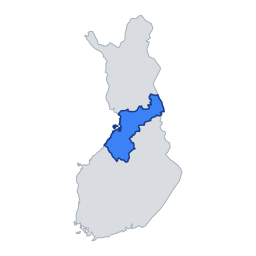 Northern Ostrobothnia highlighted on a map of Finland
{"feature_id": "FIN-3180", "entity_name": "Northern Ostrobothnia", "entity_type": "Province", "adm_level": 1, "iso_a3": "FIN", "parent_name": "Finland", "parent_adm1": "", "projection": "orthographic", "projection_center": [26.371, 64.957], "detail": "fine", "context": "in_parent", "style": "filled", "palette": "blue", "viewbox_px": 256, "rotation_deg": 0, "n_neighbors": 0, "source": "natural_earth", "source_scale": "10m", "svg_char_len": 8907}
<svg xmlns="http://www.w3.org/2000/svg" viewBox="0 0 256 256"><path d="M109.9,109.2L109.1,105.1L107.9,101.5L106.6,100.5L106.2,99.1L106.1,96.3L106.4,94.1L107.9,92.0L108.3,89.2L109.2,86.9L108.9,85.4L106.8,81.1L106.5,79.7L106.5,77.4L107.8,75.4L107.6,73.3L105.2,72.4L105.4,71.1L106.1,69.0L105.9,67.2L106.1,63.2L107.3,61.5L106.0,60.1L104.8,57.5L103.7,57.3L103.2,54.6L101.3,52.1L94.6,48.3L90.6,44.2L88.6,41.0L86.6,39.1L86.6,37.5L84.5,36.0L85.0,35.4L86.7,35.5L88.0,36.2L88.6,35.4L88.2,33.0L88.4,32.4L90.0,31.3L92.6,31.5L97.5,41.0L98.2,44.1L103.4,45.4L104.0,46.1L105.4,46.1L108.6,44.8L109.8,42.8L111.0,43.0L118.4,47.8L119.6,46.8L120.4,44.0L121.0,42.8L121.9,41.9L123.6,41.4L125.0,39.1L125.2,32.7L125.9,30.8L127.2,24.5L129.5,21.7L131.1,18.7L132.8,18.3L135.7,18.9L139.2,15.8L141.4,15.4L145.5,20.5L151.3,23.6L152.9,27.9L152.3,29.7L149.4,34.6L149.4,35.9L150.5,38.0L146.2,40.8L146.6,41.5L148.9,41.7L149.2,42.7L147.0,48.8L147.0,49.9L149.0,56.5L154.5,59.1L156.2,61.9L160.4,67.5L160.1,70.1L154.7,80.4L153.5,83.2L153.4,85.0L157.2,92.8L159.3,98.3L161.6,102.3L163.7,108.9L163.9,111.3L160.5,112.7L161.5,113.9L160.8,116.0L160.8,119.1L159.9,121.1L160.2,121.6L161.9,121.9L162.1,123.3L162.0,124.1L160.3,125.7L160.2,127.3L161.3,129.9L162.1,130.8L164.9,131.5L165.3,132.2L165.5,134.2L164.3,136.1L164.4,136.9L165.7,140.3L169.5,142.9L170.0,145.0L170.1,146.4L170.0,147.7L167.4,152.7L165.4,154.3L169.9,159.2L177.9,165.2L181.6,170.5L182.0,172.0L180.0,179.2L179.1,181.2L173.3,189.4L164.9,202.8L160.6,208.7L151.9,217.7L145.5,225.8L141.9,227.5L139.0,225.8L137.6,226.2L136.3,227.4L131.8,228.7L131.6,227.4L132.5,224.0L132.1,224.1L131.3,225.7L130.9,227.5L130.0,228.5L128.1,228.9L126.3,227.4L125.4,227.4L126.3,229.6L126.3,230.3L125.3,230.2L123.2,231.9L122.8,231.9L122.1,230.4L119.9,232.0L117.9,232.3L116.6,233.4L110.4,235.0L108.7,237.0L107.6,236.5L100.6,238.0L97.8,237.4L94.5,240.4L92.1,240.6L94.7,237.6L94.9,236.5L93.6,235.8L92.7,234.7L92.0,232.2L91.5,232.0L90.5,235.0L88.8,236.0L86.8,235.9L86.6,234.5L87.0,233.3L86.7,233.0L87.1,232.1L88.1,232.0L88.5,231.6L88.5,231.0L87.7,230.3L88.6,228.2L85.1,227.5L80.8,224.9L80.4,222.9L78.2,224.2L76.4,222.6L76.2,221.7L76.2,214.4L76.6,212.4L77.8,210.0L78.4,207.6L78.6,203.1L79.3,203.2L78.7,201.6L79.7,201.3L79.9,200.8L78.1,193.5L76.9,191.8L78.3,186.7L78.3,185.5L78.2,184.1L76.7,182.3L76.4,177.7L77.1,175.1L80.6,170.8L80.9,168.9L82.7,168.9L82.0,167.2L81.9,165.2L84.5,164.7L85.4,165.4L87.7,164.8L89.7,163.4L89.2,160.6L90.2,160.5L89.9,159.8L90.0,159.1L90.8,159.5L92.2,157.6L92.3,156.1L94.5,155.5L97.2,152.5L99.6,151.0L102.1,148.1L103.1,148.0L103.7,145.9L106.5,142.9L107.5,140.5L110.0,137.7L112.6,132.9L112.9,131.5L116.5,129.8L119.8,130.3L119.7,129.1L119.3,128.3L120.6,127.1L120.4,125.1L119.6,124.1L120.6,116.7L119.6,115.2L116.0,112.6L114.5,112.3L113.7,110.4L114.2,108.1L112.1,109.8L109.9,109.2ZM83.6,228.4L86.1,228.6L86.6,229.8L85.5,230.5L85.3,231.4L85.9,232.8L84.7,232.7L84.1,231.1L82.9,229.9L83.6,228.4ZM115.7,127.4L114.3,128.1L113.2,127.6L113.2,126.2L115.2,125.2L117.1,126.3L116.1,126.6L115.7,127.4ZM78.9,163.4L78.8,164.6L80.2,163.8L80.7,164.2L80.6,165.3L80.1,165.0L78.9,166.2L77.9,165.0L77.4,163.2L78.9,163.4ZM76.5,224.1L76.2,225.1L74.8,225.0L74.2,224.0L74.0,222.2L74.7,221.5L75.0,222.5L76.5,224.1ZM82.1,228.8L81.3,228.8L80.2,227.6L80.1,227.2L80.6,227.0L80.5,225.7L81.3,226.4L81.7,227.3L81.2,227.4L82.1,228.8ZM80.0,232.9L78.9,233.6L78.5,233.4L78.7,232.1L79.4,231.6L80.5,231.6L80.0,232.9ZM77.7,233.5L76.7,233.6L76.2,233.0L77.2,232.0L77.9,232.2L78.0,232.8L77.7,233.5Z" fill="#d9dde1" stroke="#a8b0b8" stroke-width="1"/><path d="M158.0,95.0L158.1,95.4L158.3,96.1L158.6,96.8L159.1,98.1L160.5,100.4L161.3,101.4L161.6,101.9L161.8,102.8L162.2,104.5L162.3,104.9L162.7,105.8L162.8,106.1L163.1,107.2L163.5,108.2L163.6,108.6L164.0,110.6L164.1,111.1L164.1,111.6L163.9,111.8L163.6,111.7L163.0,111.4L160.9,112.2L160.4,112.6L160.7,113.1L161.4,113.5L161.7,114.0L161.6,114.3L160.9,115.2L160.8,115.5L158.6,115.8L157.9,115.6L157.3,115.3L156.6,115.1L156.3,115.2L155.9,116.3L155.2,116.7L153.7,117.0L151.2,118.2L150.9,118.5L151.1,118.7L151.0,118.9L150.7,119.5L150.5,119.8L150.4,119.9L150.6,120.0L150.7,120.4L150.1,120.7L145.8,121.8L145.3,122.0L144.9,122.5L144.5,123.3L144.4,123.8L144.3,124.3L144.2,124.8L144.1,125.1L143.8,125.2L142.9,124.8L139.2,125.4L138.7,125.8L138.5,126.2L138.5,126.9L139.0,127.5L139.4,128.1L139.5,128.3L139.4,128.5L139.5,128.6L139.7,128.8L139.6,129.0L139.5,129.5L139.5,130.0L139.6,130.5L139.3,130.9L139.5,131.0L139.3,131.3L139.0,131.4L138.7,131.4L137.6,131.1L137.0,131.1L135.8,131.9L135.2,132.5L135.0,132.8L134.9,133.2L135.0,133.2L135.0,133.4L135.0,133.8L134.8,134.0L134.7,134.1L134.1,134.9L133.7,135.0L132.6,135.1L132.5,135.3L132.6,135.5L132.5,135.8L132.4,135.9L132.1,136.0L131.9,136.4L131.8,136.7L131.5,136.8L131.7,137.0L130.8,137.3L130.6,137.4L129.9,138.1L129.5,138.3L129.5,138.5L129.4,138.6L129.3,138.8L129.5,139.1L130.4,139.9L130.9,140.7L130.9,141.2L131.0,141.7L131.5,142.3L131.8,142.4L132.1,142.5L132.8,142.4L132.9,142.5L133.0,142.6L133.0,143.2L133.0,143.4L133.3,143.6L133.7,143.6L133.8,144.0L133.9,146.8L134.0,147.7L134.2,148.2L134.8,148.7L133.1,149.3L129.3,152.7L128.7,153.7L128.8,154.3L129.2,157.8L129.1,158.6L128.7,158.8L128.5,159.0L128.3,159.4L128.2,159.7L128.0,160.7L128.0,160.9L127.7,161.5L126.6,162.0L126.0,162.1L125.4,161.9L125.0,161.5L124.2,160.4L123.7,160.1L121.3,159.8L120.8,159.5L120.0,158.6L119.5,158.4L118.8,158.2L118.4,158.3L117.9,158.7L117.6,159.6L117.5,160.4L117.2,161.0L116.7,161.3L116.4,160.7L114.2,158.0L112.9,156.8L112.3,155.8L111.2,153.4L110.8,152.8L110.3,152.5L109.5,152.0L109.2,151.7L109.1,150.8L108.8,150.5L108.4,150.0L108.2,149.6L108.0,148.5L107.9,148.0L107.4,147.3L105.9,146.5L104.3,145.2L104.5,145.0L104.4,145.0L104.4,144.6L104.5,144.3L104.6,144.2L104.8,144.3L105.0,144.3L105.4,144.1L105.6,144.0L105.6,143.8L105.9,143.1L106.1,143.1L106.5,143.4L106.6,143.6L106.5,143.0L106.5,142.7L106.5,142.3L106.7,142.0L107.0,141.6L107.1,141.3L107.3,140.6L107.3,140.4L107.5,140.3L108.0,140.1L108.1,139.9L108.1,139.5L108.3,139.5L108.5,139.3L109.0,139.1L109.3,139.1L109.4,138.6L109.4,138.3L109.6,138.3L109.8,138.4L110.0,138.1L110.1,137.9L110.1,137.7L110.3,137.6L110.5,137.5L110.7,137.4L110.9,137.0L110.9,136.9L110.8,136.7L111.0,136.3L111.0,136.2L111.0,135.5L111.1,135.3L111.4,134.8L111.5,134.2L112.0,133.7L112.4,133.5L112.6,133.3L112.7,133.0L112.6,132.7L112.7,132.3L113.2,131.9L112.8,131.6L112.7,131.4L112.9,131.3L113.1,131.4L113.8,131.8L114.0,131.7L113.9,131.4L114.0,130.9L114.5,130.8L114.6,130.3L115.0,130.1L116.1,130.0L117.8,129.1L118.0,129.0L118.3,129.6L118.4,129.8L118.5,129.8L118.7,129.7L118.8,129.8L118.8,130.3L119.0,130.6L119.1,130.8L119.3,130.8L119.5,130.9L119.5,131.0L119.3,131.0L119.2,131.2L119.5,131.3L120.4,131.0L120.5,131.0L120.4,130.5L120.4,130.3L120.6,129.5L120.5,129.2L120.4,129.2L120.2,129.3L119.7,129.0L119.4,128.8L119.2,128.6L118.9,128.0L119.1,127.7L120.1,127.6L120.3,127.8L120.6,128.2L120.9,128.3L121.1,128.4L121.3,128.0L121.2,127.7L121.0,127.3L121.1,127.0L121.0,126.7L120.7,126.0L120.7,125.8L120.7,125.6L120.6,125.4L120.5,125.1L120.2,124.8L119.2,124.5L119.2,124.0L119.3,123.8L119.6,123.4L119.8,123.3L119.9,123.0L119.9,122.7L119.8,122.4L120.1,122.4L120.3,122.2L120.0,122.1L120.1,121.7L119.9,121.5L120.0,121.3L120.1,120.6L120.3,120.3L120.1,120.0L120.3,119.9L120.4,119.7L119.8,118.9L120.2,118.8L120.3,118.7L120.6,118.2L120.5,117.8L120.7,117.0L120.6,116.6L120.4,116.0L120.1,115.6L119.4,114.9L119.2,114.8L118.8,114.9L118.6,114.8L118.4,114.5L118.3,114.1L118.6,113.8L119.2,112.9L121.0,111.0L122.1,110.6L124.4,110.8L125.5,110.5L127.8,109.3L128.1,109.4L128.0,110.3L128.0,110.9L128.1,111.3L128.3,111.4L134.3,111.7L136.6,110.7L137.2,109.9L139.2,106.4L139.5,106.2L140.5,106.8L140.8,106.7L141.0,106.2L141.4,106.1L141.8,106.8L142.2,107.8L142.4,108.2L142.6,108.6L142.6,108.9L146.5,109.3L146.9,109.2L147.7,108.8L148.6,108.7L149.0,108.5L149.3,108.0L149.3,107.7L149.2,107.1L148.4,106.0L148.2,105.9L148.0,105.6L148.1,104.9L148.3,104.9L148.4,105.1L148.6,105.2L148.8,105.2L149.5,104.9L150.7,105.0L151.1,104.9L151.3,104.7L151.4,104.4L151.4,103.9L151.1,103.8L150.8,103.7L150.3,103.2L150.1,102.6L150.0,102.3L150.1,102.1L150.5,102.0L150.8,101.9L151.0,101.5L151.0,101.3L151.1,101.1L151.3,100.8L151.3,100.6L151.1,100.4L151.3,99.7L151.1,99.5L151.1,99.4L151.1,99.2L150.9,99.1L150.7,99.1L150.4,99.3L150.2,99.3L150.3,99.1L149.9,98.9L149.6,98.5L149.3,98.0L149.2,97.3L149.3,96.7L149.5,96.3L149.6,96.0L149.8,95.8L150.2,95.8L150.3,95.7L150.4,95.4L150.4,94.5L150.4,94.4L150.8,94.1L154.7,95.4L155.2,95.4L155.9,95.1L158.0,95.0ZM117.1,126.0L117.5,125.9L117.7,126.3L117.4,126.4L116.8,126.4L116.0,126.2L115.5,126.2L115.3,126.6L114.6,127.1L114.8,127.7L115.4,127.6L115.5,127.8L115.4,127.9L115.1,127.9L115.0,128.0L114.9,128.1L114.6,128.2L114.4,128.2L114.4,127.7L114.3,127.4L114.2,127.2L113.9,127.7L113.7,127.8L113.4,127.3L113.2,126.9L113.1,126.3L113.3,126.0L114.0,125.3L114.8,125.3L115.7,125.1L116.1,125.3L116.2,125.6L116.1,125.9L116.3,125.8L117.1,126.0Z" fill="#3b82f6" stroke="#1e3a8a" stroke-width="1.5"/></svg>